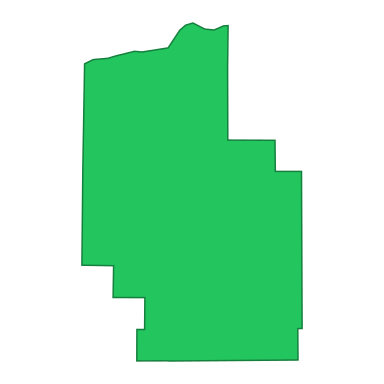 the district of Morrow, Oregon, United States of America
{"feature_id": "52423323B45995509700090", "entity_name": "Morrow", "entity_type": "district", "adm_level": 2, "iso_a3": "USA", "parent_name": "United States of America", "parent_adm1": "Oregon", "projection": "orthographic", "projection_center": [-119.627, 45.46], "detail": "fine", "context": "isolated", "style": "filled", "palette": "green", "viewbox_px": 384, "rotation_deg": 0, "n_neighbors": 0, "source": "geoboundaries", "source_scale": "gbopen_adm2", "svg_char_len": 543}
<svg xmlns="http://www.w3.org/2000/svg" viewBox="0 0 384 384"><path d="M298.0,360.0L297.8,328.6L302.1,328.5L301.5,171.4L275.3,171.4L275.0,140.3L227.8,140.1L227.6,67.6L228.1,25.6L223.5,25.9L214.1,30.0L204.8,29.1L192.9,23.0L185.6,25.2L179.8,30.2L168.1,47.9L142.0,52.0L134.5,51.3L117.9,55.4L117.9,55.5L115.9,55.9L108.0,58.3L93.2,59.6L84.6,63.8L82.8,170.9L81.9,265.2L113.6,265.7L113.1,297.5L144.9,297.6L144.6,329.5L136.9,329.5L136.9,334.4L136.8,360.9L167.3,360.8L168.6,361.0L298.0,360.0Z" fill="#22c55e" stroke="#15803d" stroke-width="1.5"/></svg>